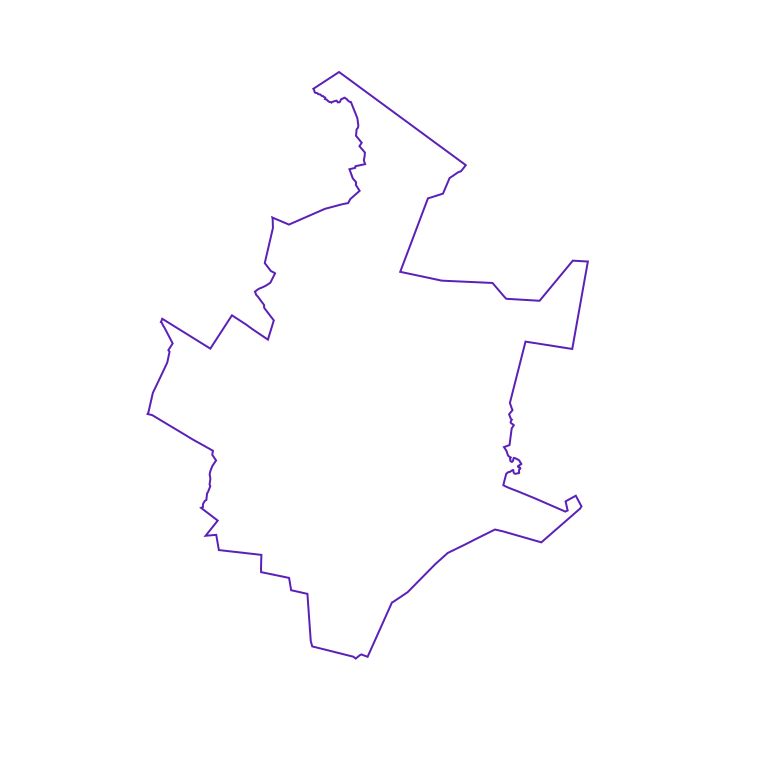 the district of Suaqui Grande, Sonora, Mexico, rotated 293°
{"feature_id": "50627088B38493213969100", "entity_name": "Suaqui Grande", "entity_type": "district", "adm_level": 2, "iso_a3": "MEX", "parent_name": "Mexico", "parent_adm1": "Sonora", "projection": "orthographic", "projection_center": [-109.833, 28.382], "detail": "fine", "context": "isolated", "style": "outline", "palette": "violet", "viewbox_px": 768, "rotation_deg": 293, "n_neighbors": 0, "source": "geoboundaries", "source_scale": "gbopen_adm2", "svg_char_len": 5410}
<svg xmlns="http://www.w3.org/2000/svg" viewBox="0 0 768 768"><g transform="rotate(293 384 384)"><path d="M653.6,220.7L628.1,203.6L627.7,204.4L625.7,206.1L625.3,206.5L625.2,207.2L625.7,208.6L625.5,209.7L625.1,210.1L625.6,212.6L625.0,213.6L624.9,214.7L625.2,215.5L624.8,216.2L624.8,217.4L624.5,218.1L623.9,218.3L623.2,218.3L623.4,219.9L623.0,221.1L622.7,221.5L622.5,222.7L622.3,223.6L622.5,224.5L622.7,224.9L622.5,225.7L623.3,226.0L625.4,228.4L626.3,229.7L625.2,231.4L625.3,231.6L625.4,231.8L625.5,231.9L625.5,232.0L625.6,232.3L625.8,232.5L626.0,232.7L626.1,232.8L626.1,233.0L626.3,233.1L629.4,233.3L629.5,233.4L629.6,233.5L629.8,233.7L629.9,233.8L630.0,234.0L630.3,234.2L630.5,234.4L630.7,234.6L630.8,234.7L631.9,235.5L632.0,235.6L632.1,235.8L632.2,236.0L632.1,236.3L632.0,236.6L631.9,236.8L631.9,237.0L631.8,237.4L631.8,237.6L631.8,237.9L631.8,238.1L631.8,238.3L631.7,238.4L631.5,238.7L631.4,238.8L631.3,239.0L631.2,239.3L631.1,239.5L631.0,239.8L630.9,240.0L630.8,240.3L630.7,240.7L630.5,241.2L630.5,241.4L630.4,241.7L630.4,241.8L630.4,242.2L630.4,242.4L630.4,242.7L630.5,242.8L630.5,243.0L630.6,243.4L618.3,255.6L611.9,259.4L609.8,259.9L607.6,259.3L601.5,261.3L597.4,269.2L593.3,268.5L589.6,276.0L585.6,277.3L582.1,278.0L579.0,280.7L573.3,272.6L571.7,273.0L568.2,268.3L561.1,274.9L558.8,279.5L556.2,280.3L552.3,286.1L541.0,280.7L536.5,280.3L533.6,275.9L522.1,261.1L503.9,243.9L493.6,234.2L493.6,216.2L492.5,217.0L484.2,220.8L448.7,227.0L443.8,235.7L443.7,237.0L443.6,238.8L443.3,240.5L432.8,239.8L431.4,238.9L429.8,237.8L428.8,237.1L427.8,236.4L427.2,235.8L426.6,235.3L426.2,235.0L425.4,234.2L424.6,233.5L424.3,233.1L423.5,232.3L422.3,231.3L422.0,231.1L421.5,230.8L421.2,230.6L420.8,230.4L419.6,229.7L418.6,229.1L417.9,229.8L417.6,230.1L417.3,230.4L417.2,230.5L416.9,230.8L416.6,231.1L416.1,231.6L415.9,231.8L415.8,232.1L415.4,233.2L414.9,234.2L412.3,238.5L409.9,242.7L409.6,242.9L409.2,243.0L408.7,243.2L408.4,243.4L408.1,243.5L407.9,243.6L407.5,243.9L407.3,244.1L407.1,244.3L406.9,244.6L399.5,257.7L395.9,258.1L379.5,259.8L382.8,242.7L384.9,233.6L387.8,217.2L348.7,210.3L357.4,154.4L354.3,154.5L353.8,154.5L353.9,155.1L351.2,158.2L350.4,159.5L338.8,173.6L330.9,172.3L330.3,173.3L330.0,173.8L329.9,174.0L319.2,176.1L303.6,175.5L285.5,174.7L266.0,178.2L264.0,178.1L264.8,182.7L258.3,228.9L257.7,234.0L257.0,241.1L255.7,252.6L251.7,253.6L248.0,259.3L241.2,258.0L238.7,258.1L235.9,258.2L232.7,258.8L229.0,261.2L223.3,262.7L222.2,264.0L216.1,264.2L214.0,263.9L207.9,265.8L206.3,264.7L202.9,264.3L200.6,265.1L200.0,265.4L198.5,264.0L193.3,284.3L174.6,279.1L179.6,288.5L166.6,296.9L178.8,337.9L166.3,342.8L162.8,344.4L168.4,372.4L157.9,379.1L160.9,395.5L118.6,417.1L114.4,420.5L121.0,462.4L120.2,465.2L125.0,467.8L126.2,468.8L126.5,475.5L186.0,476.7L186.9,477.5L201.6,487.1L238.3,501.6L238.7,501.8L253.4,508.7L268.8,522.1L277.3,529.2L293.4,543.0L294.8,550.8L299.3,587.4L299.7,590.7L346.0,613.2L348.5,613.6L356.1,604.2L346.9,597.0L339.3,602.5L337.4,600.7L337.7,566.5L337.5,549.9L337.2,540.2L337.2,536.9L337.3,535.0L337.5,533.4L341.5,532.7L342.9,532.5L349.3,531.6L349.9,532.0L350.1,532.2L350.4,532.3L350.6,532.4L350.9,532.5L351.1,532.7L351.4,532.9L351.7,533.2L351.8,533.4L352.2,534.0L352.4,534.3L352.6,534.5L352.8,534.6L353.1,534.8L353.3,534.9L354.0,535.3L354.6,535.7L354.8,535.8L355.1,536.1L355.3,536.4L355.3,536.5L355.2,536.7L354.9,536.7L354.7,536.8L354.4,537.1L354.1,537.3L353.8,537.5L353.5,537.7L353.3,537.9L353.1,538.2L352.9,538.4L352.6,538.8L352.6,539.1L352.6,539.4L352.6,539.7L352.7,540.0L352.8,540.3L353.2,540.8L353.8,541.5L354.1,542.0L354.3,542.4L354.4,542.7L354.6,543.0L354.8,543.0L355.1,543.1L355.4,543.0L355.6,542.8L356.0,542.6L356.5,542.3L356.7,542.2L357.0,542.1L357.5,542.0L357.8,542.0L358.2,542.0L358.5,542.0L358.8,542.0L359.0,542.2L359.1,542.3L359.2,542.5L359.4,542.5L359.5,542.4L359.9,542.2L360.0,542.1L360.1,541.9L360.2,541.5L360.2,541.3L360.2,541.2L360.1,540.9L360.0,540.7L360.0,540.4L360.1,539.9L360.3,539.6L360.6,539.5L360.9,539.5L361.1,539.6L361.4,539.8L361.6,540.0L361.8,540.3L362.0,540.5L362.4,540.6L362.6,540.6L362.8,540.7L363.0,540.8L363.2,541.0L363.4,541.2L363.5,541.4L363.7,541.6L363.8,541.7L364.0,541.7L364.3,541.5L364.4,541.3L364.4,541.2L364.6,540.9L364.8,540.6L365.0,540.4L365.1,540.2L365.4,539.7L365.6,539.5L365.8,539.2L366.1,538.9L366.2,538.7L366.3,538.5L366.4,538.3L366.5,538.2L366.6,537.9L366.6,537.6L366.7,537.3L366.8,536.4L366.8,536.0L366.8,535.6L366.9,535.1L366.9,534.7L366.9,534.4L366.9,534.2L366.9,533.7L366.9,533.3L366.9,533.1L366.8,532.7L366.7,532.5L366.7,532.4L366.3,532.3L366.1,532.3L365.9,532.4L365.7,532.4L365.2,532.5L364.9,532.6L364.2,532.6L363.8,532.7L363.6,532.7L363.4,532.7L363.2,532.7L362.9,532.6L362.7,532.5L362.6,532.4L362.4,532.3L362.3,532.2L362.2,531.8L362.3,531.7L362.3,531.4L362.4,531.2L362.5,530.8L362.6,530.7L362.6,530.4L362.7,530.2L363.6,530.0L364.3,529.2L364.8,529.2L365.9,529.4L366.0,528.7L366.2,527.2L366.5,526.4L367.0,525.7L370.2,523.0L372.8,519.1L376.8,523.4L393.0,518.9L396.8,519.6L397.0,519.0L397.4,517.7L397.5,516.5L398.0,515.6L399.2,515.4L400.5,515.3L401.1,515.6L401.8,514.1L402.7,513.2L405.0,511.0L410.2,512.5L411.3,511.3L415.7,507.3L478.3,497.7L489.8,543.6L576.4,523.8L571.3,509.6L521.4,494.7L510.2,463.2L511.4,460.5L519.4,444.4L501.7,396.8L493.6,355.1L521.1,354.0L572.0,351.9L582.3,363.9L599.2,363.9L608.0,369.6L610.0,371.8L617.4,373.8L637.3,289.7L647.8,245.3L650.5,234.0L653.6,220.7Z" fill="none" stroke="#5b21b6" stroke-width="2"/></g></svg>